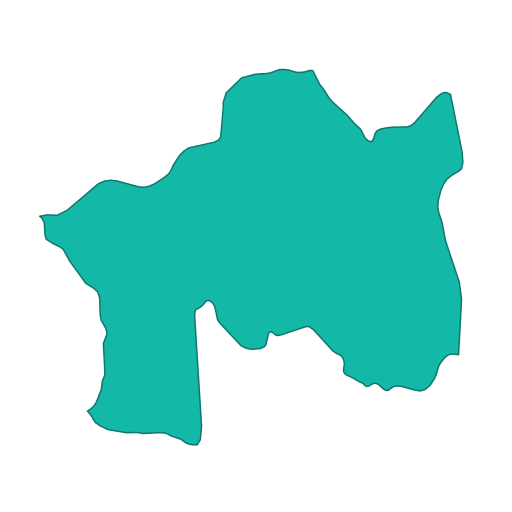 the Prefecture of Kémo, rotated 86°
{"feature_id": "CAF-808", "entity_name": "Kémo", "entity_type": "Prefecture", "adm_level": 1, "iso_a3": "CAF", "parent_name": "Central African Republic", "parent_adm1": "", "projection": "orthographic", "projection_center": [19.388, 5.737], "detail": "fine", "context": "isolated", "style": "filled", "palette": "teal", "viewbox_px": 512, "rotation_deg": 86, "n_neighbors": 0, "source": "natural_earth", "source_scale": "10m", "svg_char_len": 2625}
<svg xmlns="http://www.w3.org/2000/svg" viewBox="0 0 512 512"><g transform="rotate(86 256 256)"><path d="M399.0,434.9L396.9,431.3L393.9,427.7L390.2,425.2L378.2,419.6L370.3,418.0L365.0,415.5L362.6,414.9L332.6,414.3L322.9,409.9L317.6,410.9L309.3,414.9L303.9,415.5L286.8,414.9L280.8,416.4L276.9,420.0L271.4,427.7L247.9,442.3L235.6,448.0L233.7,450.3L229.7,457.2L224.7,464.0L220.3,465.0L208.2,464.9L203.7,466.6L201.3,468.9L201.2,468.8L201.2,468.7L200.4,461.0L201.5,452.2L201.3,451.1L197.3,441.3L172.8,408.0L170.7,401.7L170.3,395.4L171.6,388.9L178.6,368.9L179.7,362.7L179.0,357.9L176.8,351.8L171.2,342.0L168.0,337.4L165.3,335.2L159.5,332.1L150.4,325.3L146.3,320.6L143.4,315.4L139.6,289.7L137.7,285.3L134.8,282.9L105.1,278.2L100.5,278.0L91.0,274.2L77.2,257.7L74.6,243.8L74.7,231.6L73.9,227.1L71.8,220.3L71.8,215.4L72.8,210.4L75.6,203.0L76.0,198.5L75.7,194.4L74.7,189.7L74.8,187.5L75.3,186.3L89.2,180.5L94.3,177.0L102.7,172.5L107.3,169.3L121.7,155.5L130.8,148.5L135.9,143.7L137.7,142.4L145.8,139.0L149.1,135.9L149.9,133.7L149.4,131.9L147.4,130.7L141.7,128.4L139.5,126.4L138.1,123.0L137.4,118.1L137.0,111.1L137.8,96.1L136.7,92.3L134.0,88.4L110.1,64.6L106.8,59.4L106.0,56.5L106.3,54.6L106.6,53.9L108.3,50.7L167.2,43.1L177.1,43.1L183.3,44.8L185.7,48.2L188.7,54.3L192.6,60.1L197.1,63.7L203.4,67.0L213.2,70.3L219.7,71.2L224.9,70.8L235.8,68.0L253.6,66.0L296.4,55.0L313.6,54.0L368.5,60.8L367.4,67.4L367.6,69.0L368.2,71.3L369.5,73.4L371.4,75.6L373.8,77.9L376.4,80.0L379.1,81.6L387.4,84.7L391.3,86.9L397.0,91.2L401.0,96.7L402.1,101.3L400.9,106.8L396.3,119.6L395.4,125.1L396.0,128.2L399.2,133.4L399.2,135.7L397.6,138.1L392.5,142.9L391.2,146.0L391.5,148.3L393.9,153.3L393.8,154.9L392.8,156.3L391.4,157.4L390.1,158.9L387.9,162.9L384.4,167.8L380.8,174.3L379.4,175.7L377.7,176.6L375.3,176.6L370.8,175.6L369.1,175.4L367.5,175.5L365.9,175.8L364.4,176.3L362.9,177.0L361.8,177.7L361.0,178.6L360.3,179.5L359.0,182.2L355.9,186.1L333.7,203.6L329.9,208.4L330.1,211.9L336.3,236.0L336.8,239.3L336.7,240.9L336.3,241.8L333.2,245.0L332.8,246.5L332.8,247.8L333.6,248.5L334.9,249.2L345.6,252.4L347.4,254.5L348.6,258.2L348.8,266.6L347.4,272.1L344.5,277.1L320.1,297.0L316.7,298.8L304.6,300.5L301.9,301.4L299.3,302.9L297.1,305.9L297.0,307.8L298.0,309.5L299.7,310.9L301.4,312.7L302.9,314.7L305.6,320.1L310.5,321.4L422.2,322.2L435.5,324.4L440.2,327.8L440.0,331.8L439.2,335.4L438.2,337.8L437.0,339.7L434.6,342.4L433.2,344.5L430.0,352.5L427.5,356.3L426.3,359.3L425.5,364.1L425.2,381.1L424.0,385.7L423.6,389.4L423.3,397.3L418.9,415.7L414.3,423.7L410.9,427.8L407.3,429.9L404.9,430.8L399.2,434.7L399.0,434.9Z" fill="#14b8a6" stroke="#0f766e" stroke-width="1.5"/></g></svg>